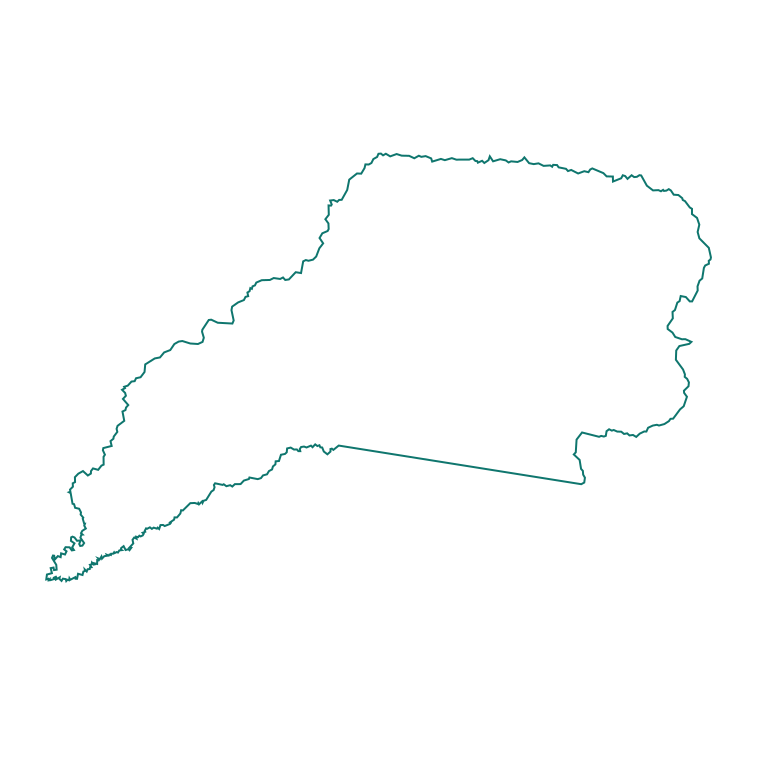 Purus, Ucayali, Peru, rotated 189°
{"feature_id": "86281439B73301228794049", "entity_name": "Purus", "entity_type": "district", "adm_level": 2, "iso_a3": "PER", "parent_name": "Peru", "parent_adm1": "Ucayali", "projection": "mercator", "projection_center": [-71.206, -10.219], "detail": "fine", "context": "isolated", "style": "outline", "palette": "teal", "viewbox_px": 768, "rotation_deg": 189, "n_neighbors": 0, "source": "geoboundaries", "source_scale": "gbopen_adm2", "svg_char_len": 6129}
<svg xmlns="http://www.w3.org/2000/svg" viewBox="0 0 768 768"><g transform="rotate(189 384 384)"><path d="M172.1,628.9L175.6,624.7L178.3,627.1L180.8,627.5L181.9,624.3L189.5,619.8L190.4,624.7L196.6,623.9L200.3,626.6L212.0,629.5L213.9,628.1L215.2,625.2L219.5,625.5L225.2,622.3L232.6,624.7L235.6,623.1L237.9,625.0L245.4,625.3L247.3,627.3L251.2,626.9L251.9,624.9L254.0,625.9L260.5,624.4L265.9,626.1L270.5,624.6L275.2,624.8L280.8,629.8L282.6,626.8L286.8,624.2L293.3,623.8L295.6,622.3L298.7,623.9L304.4,624.2L311.1,621.0L315.1,625.4L315.8,621.4L319.5,618.0L322.0,619.8L325.9,617.3L326.7,618.7L328.6,618.6L331.7,620.9L334.9,619.0L347.7,616.9L352.3,617.7L358.9,614.6L363.0,615.2L371.2,611.2L372.7,614.2L378.5,615.6L382.7,614.2L385.3,614.9L389.4,611.7L394.9,613.3L402.2,612.3L407.5,613.1L413.5,609.8L418.2,611.7L420.7,609.7L423.1,611.1L425.5,610.5L426.3,607.2L429.7,604.5L431.0,600.3L433.4,598.4L436.7,598.0L437.0,594.2L439.4,588.2L443.6,587.7L450.3,580.4L450.7,569.9L454.6,559.3L457.1,558.8L458.7,556.7L462.4,557.8L465.9,556.8L463.7,553.1L464.2,551.9L466.7,551.7L465.0,542.5L467.7,537.6L464.0,533.9L462.9,528.4L463.6,526.3L468.5,523.2L470.5,518.1L466.1,513.4L469.1,507.9L470.9,499.3L473.6,495.7L477.9,493.9L480.6,494.2L483.0,492.5L483.3,480.6L488.7,480.6L494.3,472.4L497.8,471.3L500.4,473.4L503.0,471.5L509.5,471.4L513.0,468.9L521.0,467.4L526.0,464.2L526.9,461.2L529.1,459.9L529.4,457.3L531.0,457.8L531.3,454.6L533.2,453.0L531.9,449.5L534.4,448.4L535.5,445.0L540.8,441.8L546.1,436.7L546.2,433.1L542.4,423.2L543.2,420.0L557.8,418.5L564.7,420.5L567.1,419.8L571.9,409.2L571.9,407.2L569.2,401.5L569.8,397.2L574.0,394.4L581.7,393.7L589.9,394.9L593.4,393.8L597.3,390.7L600.4,384.1L606.1,380.8L609.4,375.2L614.4,373.4L622.9,366.0L622.4,358.4L625.5,352.6L629.8,350.9L630.7,347.8L633.8,346.9L636.8,342.3L640.2,340.6L639.2,339.4L641.8,337.3L638.3,334.7L637.1,332.0L639.5,328.4L633.3,323.2L635.1,320.4L635.3,317.8L638.0,315.9L634.8,307.0L640.6,301.0L641.1,297.9L639.9,295.0L642.7,289.8L642.7,287.6L645.2,284.8L643.3,280.2L651.2,276.8L651.3,274.6L648.6,270.5L649.6,268.2L648.3,260.5L650.3,259.2L652.9,254.5L658.2,255.1L659.8,252.1L659.5,249.7L662.2,247.3L667.7,250.9L671.9,247.6L674.7,243.6L673.8,238.8L675.9,237.2L675.2,233.9L677.6,230.6L676.9,228.6L678.2,227.8L676.4,227.2L672.9,217.0L671.3,216.8L669.7,213.4L665.6,213.1L663.2,209.8L663.2,207.6L660.1,204.9L660.5,203.9L658.3,199.2L657.5,199.3L657.9,197.2L655.9,194.6L659.0,191.8L659.9,189.3L658.1,188.1L659.4,187.7L659.8,184.7L655.3,180.0L656.6,177.2L658.7,176.5L660.0,178.3L659.2,182.1L662.6,181.1L665.7,184.0L667.8,184.5L669.0,183.6L668.7,180.1L664.8,178.2L666.4,173.9L664.3,171.5L666.3,170.8L669.0,173.5L673.0,173.0L674.0,170.6L671.4,169.1L672.4,165.7L676.4,166.2L676.3,162.4L679.2,163.0L681.7,159.1L682.9,162.8L684.1,162.8L684.7,160.3L679.4,154.1L678.3,149.4L680.8,148.6L681.7,151.0L684.4,150.0L682.4,145.2L687.1,143.1L687.0,138.2L685.1,139.1L684.7,137.8L683.8,138.7L683.9,137.8L682.7,138.1L679.3,139.8L679.8,141.0L677.9,142.3L677.1,141.3L678.2,140.1L677.7,139.4L674.1,142.3L674.2,140.8L671.7,139.1L670.7,141.5L667.8,141.5L667.0,139.7L666.1,141.1L664.3,140.9L664.3,142.9L663.2,141.6L658.7,144.9L658.2,143.4L656.7,143.6L656.5,148.7L651.9,148.2L651.6,151.7L650.0,152.6L650.5,154.0L648.3,152.3L647.7,154.7L645.7,155.2L645.7,156.9L644.3,157.3L646.1,159.4L644.5,160.1L644.5,161.9L642.5,160.2L641.3,160.7L641.9,161.6L639.2,161.4L639.7,165.2L638.2,165.1L637.8,166.0L638.9,167.0L637.2,166.6L636.1,169.4L635.2,167.4L633.3,170.2L630.5,171.1L631.1,172.0L629.0,171.5L628.5,172.6L627.0,172.4L627.0,173.6L624.8,174.1L624.2,175.6L623.5,174.9L621.7,176.2L620.4,175.9L619.4,178.2L617.0,178.9L618.0,179.4L617.9,180.9L615.8,183.1L613.2,179.6L610.6,180.9L609.4,180.0L608.0,182.7L609.7,182.8L606.7,187.3L608.0,190.8L606.8,193.0L607.4,193.6L604.2,192.5L604.9,194.4L602.9,194.3L601.9,195.9L600.5,195.4L598.6,196.7L597.9,198.5L599.1,199.3L596.7,200.7L597.3,201.7L596.4,204.2L595.4,203.9L592.8,205.8L590.6,204.6L589.0,206.1L585.7,205.6L585.1,206.7L583.4,205.6L582.7,209.7L580.1,210.2L578.4,209.4L573.5,212.3L572.9,213.4L573.7,213.8L570.1,217.2L570.0,219.5L567.6,219.8L564.9,224.2L564.6,227.6L562.9,227.6L556.7,236.0L552.3,236.9L549.0,236.4L548.8,237.3L547.9,236.2L545.3,239.6L544.6,238.3L544.0,240.4L541.5,241.7L537.7,250.7L535.7,252.6L535.2,255.6L536.2,257.6L535.3,259.5L527.6,259.1L526.6,259.9L523.7,258.4L520.1,260.0L517.8,259.0L515.6,261.8L510.0,262.7L507.3,266.7L502.6,269.0L502.3,270.6L493.8,270.3L490.8,271.8L489.2,274.8L485.4,276.5L484.0,280.0L481.2,282.1L480.8,285.2L478.7,287.6L478.9,290.7L475.7,291.5L474.7,298.0L470.9,299.4L469.4,301.3L469.6,305.2L466.2,306.6L462.7,305.2L459.8,305.7L458.1,304.3L456.2,304.6L457.0,306.6L456.0,308.8L453.2,309.7L450.6,309.2L446.5,311.7L444.7,310.4L442.5,313.6L440.1,312.3L438.2,313.4L437.0,311.5L435.1,311.6L432.9,307.9L428.9,305.7L426.3,308.9L426.7,311.4L425.4,312.0L423.7,311.0L419.1,316.1L173.5,315.9L170.8,318.0L170.9,322.9L173.1,325.6L174.0,329.3L176.1,331.0L178.9,339.6L185.5,344.1L183.9,346.5L185.1,359.2L180.8,367.1L163.3,365.5L161.4,366.7L158.6,366.5L156.8,367.5L156.8,372.2L154.6,374.5L151.7,373.6L149.9,374.5L146.2,373.5L142.2,374.0L139.1,372.2L136.1,373.3L133.5,371.6L130.1,372.6L126.6,371.2L123.6,375.0L119.6,377.8L117.4,378.1L116.3,382.1L112.0,385.0L108.1,386.4L105.9,386.0L100.8,388.3L96.8,391.9L95.6,394.4L93.0,395.0L87.6,405.3L84.5,408.9L82.8,418.8L86.2,422.2L86.7,424.3L82.9,429.4L83.1,433.3L85.4,436.5L88.1,438.1L88.3,440.6L90.9,445.1L99.5,453.6L100.6,462.8L98.2,467.7L88.8,471.4L87.0,473.7L93.3,475.4L96.8,474.8L103.7,476.0L107.1,479.9L112.4,482.7L113.0,485.7L109.0,494.0L110.3,500.3L108.2,502.6L107.0,510.3L105.0,512.1L104.7,517.3L99.5,517.1L94.9,513.4L92.6,513.8L88.8,525.4L89.6,529.5L88.5,535.4L86.2,538.0L86.2,548.7L85.3,551.3L81.9,553.6L82.5,556.5L81.0,558.1L80.9,560.2L84.5,569.3L95.3,577.2L98.0,583.2L97.5,590.7L100.8,597.0L106.4,600.0L107.2,605.2L109.6,606.2L115.3,611.7L117.7,612.5L118.5,614.2L122.8,616.7L127.5,616.3L130.9,620.0L133.2,621.0L135.3,619.2L137.7,618.5L138.7,619.4L140.6,617.7L143.3,618.4L148.6,617.3L155.4,621.0L162.6,630.2L164.4,630.2L166.6,628.2L169.3,627.5L172.1,628.9Z" fill="none" stroke="#0f766e" stroke-width="2"/></g></svg>